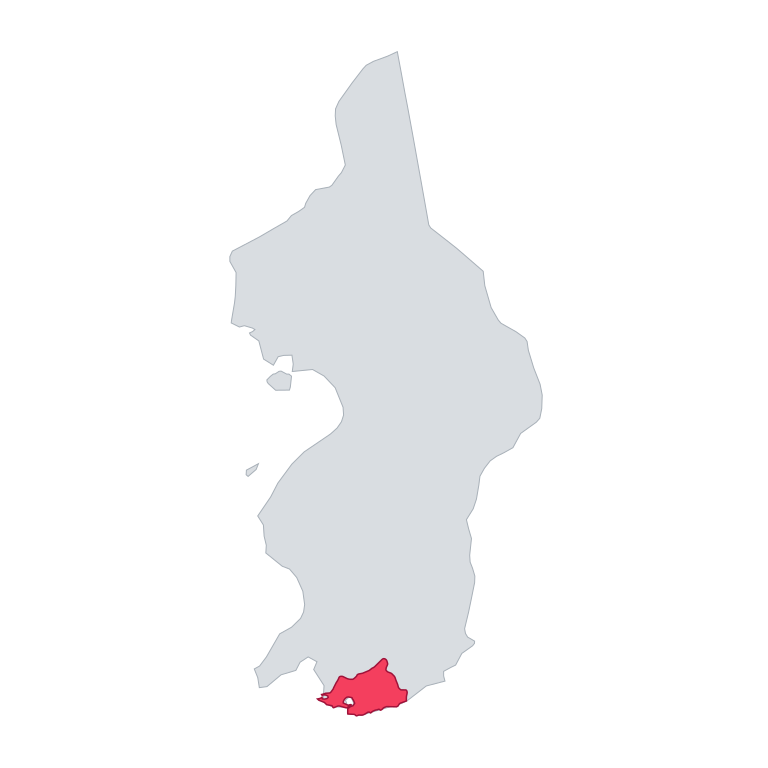 Bizerte on a map of Tunisia (Albers equal-area conic projection), rotated 182°
{"feature_id": "TUN-105", "entity_name": "Bizerte", "entity_type": "Governorate", "adm_level": 1, "iso_a3": "TUN", "parent_name": "Tunisia", "parent_adm1": "", "projection": "albers", "projection_center": [9.659, 37.035], "detail": "fine", "context": "in_parent", "style": "filled", "palette": "rose", "viewbox_px": 768, "rotation_deg": 182, "n_neighbors": 0, "source": "natural_earth", "source_scale": "10m", "svg_char_len": 4366}
<svg xmlns="http://www.w3.org/2000/svg" viewBox="0 0 768 768"><g transform="rotate(182 384 384)"><path d="M538.8,439.7L538.6,442.2L536.2,460.0L535.7,466.4L535.5,477.2L535.7,490.2L542.3,501.1L542.5,505.9L540.2,511.5L528.6,518.1L513.7,526.6L500.9,534.7L486.7,543.5L482.4,549.1L475.4,553.4L469.6,557.8L468.5,561.9L464.5,569.7L459.1,575.9L445.5,578.9L443.0,580.8L436.8,590.2L433.9,593.8L430.3,601.5L435.1,621.3L440.9,641.7L442.1,650.2L442.0,657.3L438.9,664.9L431.6,675.9L426.3,683.9L416.0,698.3L412.9,701.9L405.8,706.1L392.0,711.7L382.3,716.6L377.4,694.6L373.3,675.8L369.8,660.4L363.8,633.1L358.8,609.9L353.8,586.8L349.3,565.8L344.8,544.6L342.8,541.6L328.9,531.5L316.2,522.2L303.0,511.6L288.8,500.1L286.7,485.8L279.6,464.1L272.1,452.0L269.2,448.8L253.8,440.8L244.9,434.9L242.5,431.5L240.9,422.7L234.9,405.2L228.0,389.2L225.5,378.4L225.5,364.9L227.1,355.2L230.4,351.2L245.7,339.4L252.9,324.9L261.6,319.6L269.1,315.6L275.2,310.9L280.7,303.3L284.9,295.2L285.7,286.3L287.6,272.2L290.5,262.4L296.9,251.3L294.4,242.3L291.2,232.6L292.4,215.8L291.7,209.0L289.1,203.0L286.5,195.2L286.5,188.7L289.3,171.9L291.5,159.0L294.9,142.3L293.9,137.6L291.6,134.0L284.5,130.2L284.5,128.0L286.3,125.5L296.8,117.5L302.6,105.6L307.3,103.1L314.4,98.9L314.2,94.2L312.7,89.2L331.2,83.7L348.9,69.0L355.2,65.4L395.9,51.9L401.2,52.8L407.1,54.8L405.4,59.9L403.1,63.9L406.5,71.1L411.5,66.7L410.2,63.8L409.9,59.9L418.3,59.6L425.7,60.1L433.8,64.4L433.4,80.5L444.3,96.2L441.3,104.1L450.3,108.6L458.2,103.0L462.1,94.7L476.7,89.8L490.4,77.5L498.0,76.2L499.9,86.1L503.7,94.7L498.5,97.8L492.0,107.1L479.5,130.7L467.9,137.7L459.2,146.8L456.4,153.3L455.6,160.8L457.9,174.1L464.5,187.6L472.0,195.8L479.3,198.3L496.2,211.0L496.0,218.7L498.5,227.8L499.6,238.9L505.6,247.7L493.3,267.2L486.6,281.3L473.3,300.7L461.4,313.4L435.7,332.2L429.3,338.4L425.2,344.8L423.3,351.5L424.1,359.3L432.7,378.6L444.2,389.9L455.9,396.0L476.1,393.3L475.4,400.7L477.0,409.6L485.2,409.1L490.7,407.6L495.2,398.9L505.2,404.7L510.6,422.7L519.1,428.2L520.2,430.3L517.2,431.8L514.9,433.9L517.4,435.3L525.6,437.4L530.5,435.9L538.8,439.7ZM495.1,390.0L493.0,390.4L489.3,393.0L487.3,393.3L481.6,390.5L479.4,390.6L476.7,388.6L477.5,377.7L478.3,374.6L492.1,374.0L499.7,380.4L500.9,382.1L501.2,384.0L497.8,387.7L495.1,390.0ZM518.5,293.1L506.7,300.0L508.8,294.1L516.6,286.9L518.6,288.5L518.5,293.1Z" fill="#d9dde1" stroke="#a8b0b8" stroke-width="1"/><path d="M350.5,68.0L356.5,65.6L357.4,65.0L358.9,62.5L360.3,61.8L370.2,61.7L373.0,60.5L374.8,58.6L375.9,57.9L376.9,58.3L377.6,58.8L378.5,58.6L379.3,58.2L381.4,57.7L383.2,56.9L384.8,55.8L385.8,54.8L387.4,55.6L388.7,55.4L391.5,53.5L393.0,52.7L394.3,52.3L397.6,52.3L399.2,51.6L400.1,51.4L400.9,51.9L401.5,52.5L402.3,52.8L408.6,52.9L408.7,53.2L408.8,54.1L408.9,58.3L406.6,60.2L403.7,61.4L402.2,63.8L402.4,64.5L403.6,67.0L404.0,67.6L404.4,67.9L404.9,69.2L405.5,69.5L408.7,70.0L410.2,69.7L411.9,68.3L412.8,67.0L413.6,65.3L413.6,63.8L408.8,61.8L408.1,61.9L406.6,62.4L405.7,62.4L405.7,61.8L407.5,60.6L408.3,60.4L408.7,59.9L409.0,59.5L409.3,59.2L410.4,59.0L417.7,60.7L419.0,60.5L423.0,58.7L423.6,58.9L424.8,60.7L430.1,61.5L432.5,63.7L438.1,65.7L439.5,66.9L437.1,67.5L436.0,68.0L435.0,68.8L434.6,67.2L432.5,67.0L430.1,67.6L428.8,68.8L429.3,70.3L431.3,71.1L433.6,71.2L435.0,70.7L435.5,71.5L435.0,71.6L431.5,72.9L427.6,73.3L427.0,73.6L426.5,74.0L425.8,75.0L425.3,75.7L424.7,76.6L424.4,77.0L424.2,77.3L423.7,78.7L421.2,84.1L420.6,85.0L419.4,87.3L418.8,88.9L418.7,89.2L418.5,89.5L418.2,89.8L417.8,90.1L417.2,90.3L416.2,90.4L415.1,90.3L414.6,90.1L410.6,88.3L409.1,87.9L407.6,87.7L404.9,87.8L404.4,88.1L403.7,88.6L402.4,89.8L401.3,91.0L400.5,92.6L400.0,92.9L399.2,93.3L395.3,94.2L388.8,97.2L385.8,99.7L385.0,100.0L384.3,100.5L383.6,101.0L376.3,108.7L375.6,109.2L375.3,109.4L374.9,109.5L374.6,109.5L374.3,109.5L373.6,109.4L373.2,109.2L372.3,108.6L371.8,108.0L371.4,107.2L370.8,105.4L370.6,104.6L370.6,104.0L371.0,102.8L371.2,102.4L371.3,102.0L371.5,101.6L371.8,100.8L371.9,100.2L372.0,99.6L372.1,98.8L372.1,98.5L371.9,98.0L371.6,97.6L370.9,96.9L370.0,96.3L367.3,95.4L366.6,95.1L365.9,94.6L363.4,92.2L363.1,91.7L362.7,91.0L361.7,88.3L359.9,84.3L359.2,82.0L359.0,81.3L358.6,80.8L358.2,80.3L357.3,79.5L356.7,79.1L356.3,78.9L351.6,79.0L351.3,78.9L350.9,78.7L350.6,78.3L350.3,77.5L350.1,76.9L350.1,76.4L350.2,75.1L350.6,73.1L350.7,71.6L350.6,68.4L350.5,68.0Z" fill="#f43f5e" stroke="#9f1239" stroke-width="1.5"/></g></svg>